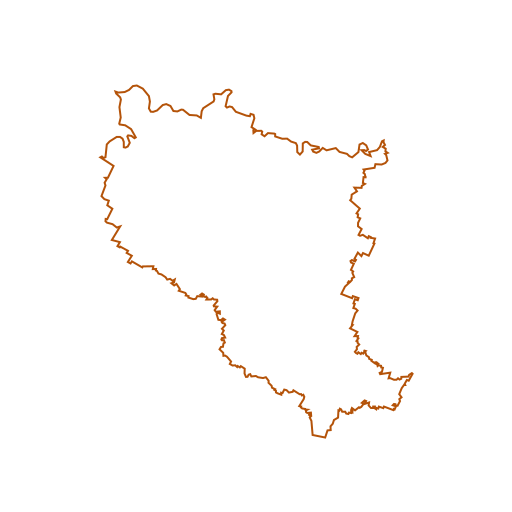 Santiago Tuxtla, Veracruz, Mexico (Robinson projection), rotated 109°
{"feature_id": "50627088B55545748869449", "entity_name": "Santiago Tuxtla", "entity_type": "district", "adm_level": 2, "iso_a3": "MEX", "parent_name": "Mexico", "parent_adm1": "Veracruz", "projection": "robinson", "projection_center": [-95.381, 18.405], "detail": "fine", "context": "isolated", "style": "outline", "palette": "amber", "viewbox_px": 512, "rotation_deg": 109, "n_neighbors": 0, "source": "geoboundaries", "source_scale": "gbopen_adm2", "svg_char_len": 6085}
<svg xmlns="http://www.w3.org/2000/svg" viewBox="0 0 512 512"><g transform="rotate(109 256 256)"><path d="M145.7,177.1L145.8,178.2L143.1,179.8L142.4,181.5L140.0,181.2L139.2,182.4L134.0,172.6L130.3,173.0L128.6,167.0L125.9,163.9L122.8,162.8L118.1,165.8L117.4,167.3L115.6,165.1L114.9,167.7L112.3,168.3L111.6,171.7L109.0,170.2L106.9,172.5L105.2,172.9L106.5,174.2L112.6,174.4L116.5,176.0L120.9,182.9L124.2,180.2L123.9,185.9L121.6,190.6L120.6,188.1L120.9,186.1L118.8,184.8L115.5,187.8L114.4,191.8L116.9,194.4L124.4,193.0L131.4,197.2L131.2,200.3L129.8,203.2L130.4,210.9L128.0,215.7L133.1,223.7L132.1,228.1L136.6,230.2L138.8,232.5L138.7,235.9L137.2,237.5L133.7,231.5L132.5,232.2L133.6,240.2L131.5,244.7L132.1,246.7L134.3,248.4L142.0,245.9L145.8,247.5L144.3,250.8L138.2,253.1L136.3,255.1L136.4,260.1L134.9,264.8L136.6,269.3L136.7,276.8L134.4,277.6L134.3,278.5L135.9,284.7L140.0,286.9L139.1,290.3L136.4,290.6L135.9,291.7L137.6,296.5L140.5,298.4L137.9,299.5L136.6,298.1L135.6,302.2L126.3,302.4L123.3,304.3L123.4,307.4L125.8,307.3L126.4,310.8L126.2,322.0L123.0,327.1L123.2,329.6L125.1,331.8L124.3,333.5L113.8,334.6L109.2,332.4L108.1,332.9L107.5,335.7L109.0,338.5L114.5,341.6L115.8,347.2L117.0,348.8L121.4,346.4L123.7,346.4L133.4,354.0L136.8,354.5L143.3,353.1L142.4,357.8L144.3,364.8L141.5,372.6L141.9,374.3L144.9,377.4L145.8,381.3L142.0,385.7L141.6,390.3L143.6,393.3L150.6,396.9L153.2,400.2L153.8,402.5L151.3,405.3L144.5,406.6L139.7,409.3L134.6,417.5L133.6,424.2L135.4,427.7L140.3,430.1L143.7,433.5L146.3,439.4L146.3,442.4L147.9,441.1L150.2,436.1L152.0,434.7L159.7,433.6L169.1,429.0L175.4,428.4L176.0,427.7L175.0,422.2L176.7,415.4L183.0,408.3L184.2,409.3L183.0,412.9L183.6,416.2L184.8,416.6L190.1,412.2L194.2,412.9L196.0,414.7L196.2,416.4L191.1,418.2L188.5,420.4L187.7,423.3L188.8,426.5L195.3,431.7L199.1,433.4L211.6,430.5L213.0,432.2L212.1,434.1L213.4,435.3L217.2,420.0L230.2,421.5L231.2,424.1L232.1,422.2L236.0,423.0L238.3,421.3L249.7,421.6L251.6,417.9L251.6,413.2L256.5,413.1L258.1,407.2L269.7,408.7L269.9,410.2L272.2,409.6L273.0,407.7L272.6,402.0L274.4,396.9L272.3,394.1L287.8,397.5L287.2,389.2L291.8,390.2L292.2,387.7L291.3,387.5L292.8,378.7L295.2,379.3L296.2,373.5L303.4,375.2L303.9,372.2L301.5,371.6L303.8,359.8L302.7,359.6L299.1,349.7L302.0,349.3L300.8,346.3L302.3,346.0L302.4,344.7L304.4,342.5L304.2,339.4L305.5,334.6L307.2,332.3L305.6,329.8L306.6,326.8L304.7,325.2L307.6,324.9L309.3,327.1L310.5,323.8L308.3,322.1L312.1,317.2L314.0,317.7L313.9,310.8L314.9,309.5L316.2,309.6L315.9,306.7L317.3,306.4L317.2,301.2L316.1,299.0L313.1,298.5L311.9,293.7L310.4,294.5L310.4,295.7L309.0,294.8L309.5,292.7L311.1,292.7L311.3,290.7L310.5,290.0L311.5,288.3L313.3,288.7L311.7,284.2L310.1,283.2L310.8,281.7L310.0,278.5L311.3,277.8L316.6,279.9L317.3,279.4L316.5,276.2L320.6,277.5L321.8,275.8L320.1,272.2L322.3,271.4L322.2,274.1L323.7,274.4L328.6,270.8L328.0,268.2L325.8,266.9L326.3,264.7L329.5,267.0L330.3,265.9L330.1,263.7L331.4,262.5L335.9,264.5L337.0,262.2L340.9,262.9L341.2,260.6L343.2,258.6L344.8,261.5L346.3,261.5L346.8,260.6L346.0,259.0L348.0,257.3L349.2,258.3L352.6,257.7L353.4,259.5L356.1,260.1L358.2,255.5L361.0,254.3L360.2,252.8L360.7,250.6L363.9,245.2L366.6,245.6L367.2,242.5L366.1,240.0L367.1,237.7L366.0,237.5L366.6,235.0L365.1,234.5L366.2,230.0L370.8,228.6L373.6,226.1L373.0,224.7L370.6,224.3L369.6,223.0L371.4,221.2L369.5,217.0L370.0,214.6L369.1,209.6L367.4,207.2L369.9,203.4L371.8,202.9L373.6,199.0L375.3,198.0L375.7,194.6L376.6,195.0L376.9,193.3L378.5,192.7L378.8,190.9L378.9,187.0L377.1,187.7L377.0,186.3L373.1,185.8L372.9,183.4L374.4,180.4L372.5,177.1L370.8,176.9L372.5,169.7L371.9,168.4L372.9,167.2L371.8,166.1L373.4,164.5L375.8,164.3L383.8,166.2L383.6,164.3L384.5,164.3L385.1,162.7L384.7,160.1L383.9,160.1L385.1,159.5L384.6,157.4L385.8,158.5L387.4,157.7L387.7,156.4L386.2,153.1L388.0,152.3L387.4,154.0L388.9,154.2L389.9,152.0L391.2,152.6L393.9,149.9L406.8,144.2L405.1,131.5L397.6,131.6L396.3,128.7L392.8,130.1L389.6,128.8L385.7,128.9L382.1,125.8L375.1,127.8L375.1,126.9L373.1,127.0L373.3,125.6L375.2,123.8L374.2,120.9L375.6,119.4L375.3,117.2L373.8,117.1L373.5,115.0L372.4,115.3L372.6,113.9L370.9,114.4L370.5,115.9L368.5,115.8L369.7,112.1L365.5,109.4L365.8,108.5L364.4,107.3L360.6,106.1L360.4,108.1L357.2,106.3L357.3,104.7L360.7,105.4L357.7,101.4L360.6,100.9L362.3,97.8L361.6,95.8L360.2,96.2L359.7,94.7L361.2,94.7L361.8,92.4L360.4,92.6L360.4,90.7L358.4,90.8L358.4,86.1L356.7,86.0L357.0,76.0L355.8,75.9L356.0,75.0L352.6,74.7L352.6,78.1L351.0,77.4L350.8,76.3L351.7,76.4L351.5,73.4L346.3,72.6L344.7,73.9L342.2,72.4L340.0,75.6L333.5,75.2L329.8,74.1L329.4,72.9L328.4,73.8L324.1,73.0L324.2,71.0L316.4,69.6L316.0,70.5L318.5,72.5L320.4,72.6L323.0,79.2L324.8,78.7L326.1,80.1L325.4,81.9L327.2,82.8L328.1,85.2L327.8,89.4L328.5,90.8L322.6,91.1L327.3,100.1L326.3,101.0L324.5,99.2L320.4,99.6L320.6,101.3L319.1,102.0L319.5,104.6L320.4,105.2L318.8,106.2L318.0,105.4L317.2,107.5L317.6,108.4L318.9,107.8L318.8,108.6L317.5,112.8L316.5,112.8L316.4,115.5L314.9,116.3L314.1,119.3L310.9,121.7L310.1,121.3L310.2,123.5L310.7,122.2L313.4,122.8L313.1,124.6L314.6,125.0L313.7,127.9L315.4,128.3L315.2,129.8L314.4,131.3L311.3,130.2L309.2,131.2L306.1,129.6L304.9,131.8L303.6,132.2L303.6,133.3L300.5,132.4L300.3,133.3L298.5,133.5L299.7,136.7L294.8,135.4L293.8,143.5L289.8,142.1L289.9,142.9L286.3,143.4L277.9,143.5L274.5,142.2L273.4,144.6L273.5,147.0L269.1,147.0L269.1,148.4L264.7,148.4L264.7,145.4L262.4,145.4L262.4,151.4L264.6,151.4L264.1,163.0L256.0,161.9L251.0,159.2L251.0,160.4L249.7,160.1L249.8,158.5L247.5,157.5L245.9,158.1L244.0,156.3L240.6,159.4L239.0,159.1L238.2,161.7L231.5,161.0L231.2,164.1L230.0,165.0L228.6,164.0L228.9,160.6L227.1,160.2L226.6,162.0L219.6,160.8L221.8,156.3L218.4,155.8L219.0,149.5L205.7,148.1L205.7,149.1L200.7,149.1L201.5,153.5L200.8,153.5L200.5,155.8L202.8,156.0L201.2,161.9L203.0,164.2L202.7,165.9L196.1,164.9L194.7,169.2L191.4,170.3L186.5,169.7L186.3,172.5L183.3,173.0L183.0,174.8L177.4,173.3L172.6,185.1L170.8,184.5L166.8,185.5L162.0,181.6L159.3,185.2L157.2,178.4L155.2,178.8L152.4,176.5L152.2,178.7L146.4,180.0L145.7,177.1Z" fill="none" stroke="#b45309" stroke-width="2"/></g></svg>